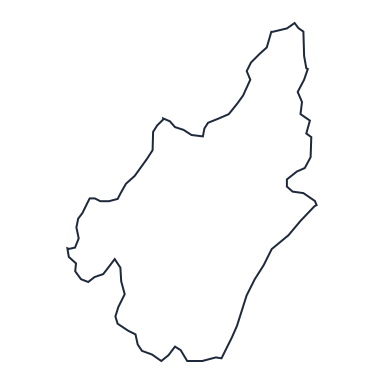 the district of Kristianstad, Skåne, Sweden
{"feature_id": "70781695B54182185465620", "entity_name": "Kristianstad", "entity_type": "district", "adm_level": 2, "iso_a3": "SWE", "parent_name": "Sweden", "parent_adm1": "Skåne", "projection": "mercator", "projection_center": [14.142, 56.058], "detail": "fine", "context": "isolated", "style": "outline", "palette": "slate", "viewbox_px": 384, "rotation_deg": 0, "n_neighbors": 0, "source": "geoboundaries", "source_scale": "gbopen_adm2", "svg_char_len": 1329}
<svg xmlns="http://www.w3.org/2000/svg" viewBox="0 0 384 384"><path d="M67.4,248.3L68.8,256.9L76.0,263.4L75.2,271.3L81.0,279.2L88.2,282.0L94.6,277.0L103.2,274.1L108.2,267.7L114.7,259.1L120.4,267.7L121.2,281.3L124.7,294.2L118.3,307.1L115.4,316.5L117.6,323.7L128.3,330.8L135.5,334.4L137.7,344.5L141.3,349.9L142.0,350.9L152.0,354.5L161.3,361.0L168.5,355.2L175.0,346.6L180.7,350.2L187.2,361.0L188.0,361.0L202.2,361.0L215.9,357.4L221.5,358.3L231.8,337.6L237.0,325.8L246.6,295.5L254.7,279.3L263.6,265.3L271.7,249.1L288.6,235.1L300.4,221.0L314.4,206.3L316.6,205.1L314.9,201.0L303.4,193.1L292.6,191.6L286.9,186.6L286.9,179.4L296.9,171.5L304.8,168.0L310.6,157.2L311.3,137.1L306.3,133.5L309.9,120.6L300.5,114.1L302.0,102.0L297.7,91.9L304.1,79.7L307.8,69.0L306.3,68.2L304.1,56.0L303.4,31.6L298.4,28.1L294.6,23.0L287.0,28.4L272.3,31.9L271.3,31.8L266.8,47.4L259.6,53.9L251.0,62.5L246.7,71.1L250.3,79.7L243.1,95.5L237.4,103.4L228.8,114.1L218.7,118.5L208.0,122.8L204.4,128.5L202.9,136.4L191.5,135.0L183.6,129.9L175.0,127.1L169.9,121.3L163.1,118.4L163.2,119.5L157.2,125.4L153.1,131.9L152.6,150.2L146.6,159.4L134.7,175.9L126.0,183.7L120.5,193.4L117.7,198.9L109.0,201.2L100.3,201.2L94.8,198.4L89.7,198.4L86.9,203.9L82.4,213.1L78.2,218.6L76.4,227.4L78.7,238.4L75.0,247.6L69.0,248.9L67.4,248.3Z" fill="none" stroke="#1e293b" stroke-width="2"/></svg>